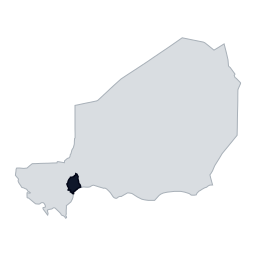 location of Dogondoutchi, Dosso, Niger
{"feature_id": "23599985B71800364259973", "entity_name": "Dogondoutchi", "entity_type": "district", "adm_level": 2, "iso_a3": "NER", "parent_name": "Niger", "parent_adm1": "Dosso", "projection": "orthographic", "projection_center": [4.132, 13.975], "detail": "fine", "context": "in_parent", "style": "filled", "palette": "ink", "viewbox_px": 256, "rotation_deg": 0, "n_neighbors": 0, "source": "geoboundaries", "source_scale": "gbopen_adm2", "svg_char_len": 3623}
<svg xmlns="http://www.w3.org/2000/svg" viewBox="0 0 256 256"><path d="M212.6,185.0L209.9,185.1L208.5,185.7L206.6,187.2L204.5,187.9L202.0,189.3L200.4,190.4L198.9,191.2L196.9,193.3L196.2,194.9L194.1,195.2L191.2,195.1L189.3,193.6L184.9,192.2L182.0,191.6L180.7,191.4L174.1,191.4L167.0,192.2L163.4,193.0L162.8,193.2L160.7,194.2L159.1,195.4L154.6,200.4L148.5,200.4L144.9,199.9L141.8,199.2L137.4,197.0L132.0,193.5L130.0,193.1L128.1,192.9L127.5,192.9L121.2,196.5L120.0,196.4L118.5,196.9L117.5,197.7L116.8,198.2L116.0,198.3L115.0,198.1L114.0,197.6L113.0,196.6L110.4,192.7L109.8,192.1L108.7,190.9L106.8,189.1L105.5,188.3L104.7,188.1L103.8,188.3L98.7,186.8L93.6,185.2L92.5,185.4L91.7,185.7L89.9,186.9L87.9,187.2L85.2,187.1L83.8,186.9L81.4,187.3L79.9,187.8L77.8,188.6L75.2,190.8L74.5,191.1L73.8,191.5L72.9,197.6L72.2,199.4L70.9,201.9L68.2,204.2L66.4,205.6L66.4,207.5L66.2,210.5L66.2,212.7L66.3,214.1L66.0,214.7L65.9,215.3L66.0,216.2L66.4,216.6L66.6,217.2L66.5,217.7L65.6,218.2L64.7,216.8L63.5,215.8L62.1,215.4L61.2,214.7L60.8,213.7L59.0,211.8L55.0,208.0L54.6,207.9L53.9,207.7L52.8,208.2L52.1,208.8L51.6,209.0L50.9,209.1L48.9,209.5L47.4,210.1L47.4,210.7L48.1,213.5L47.7,215.1L47.0,214.3L44.9,211.4L43.3,209.3L43.1,208.8L42.9,208.1L43.0,207.7L43.6,207.5L45.0,207.2L45.3,207.0L45.4,206.4L45.2,205.3L44.4,203.8L43.6,202.9L43.1,202.7L42.3,202.6L41.4,202.7L39.7,203.9L38.9,204.1L37.2,204.0L35.6,203.8L34.7,203.1L31.8,200.7L28.7,198.1L27.4,197.8L27.1,197.5L27.0,195.6L27.0,193.2L27.2,192.6L28.5,193.0L29.9,193.2L30.4,192.8L29.3,191.9L27.7,191.1L27.1,189.8L26.6,189.3L25.9,188.9L25.1,188.6L24.3,188.2L23.7,187.9L22.8,187.7L21.8,187.4L20.5,185.3L19.1,183.3L18.3,181.7L18.1,180.7L18.5,179.1L18.1,178.5L16.6,176.8L15.4,175.3L15.7,172.9L16.0,170.9L16.0,169.7L16.3,169.0L16.4,168.2L17.3,168.0L19.4,168.0L23.6,168.4L26.9,168.1L27.1,168.0L29.5,165.9L32.2,163.7L36.1,163.6L40.3,163.4L43.7,163.3L48.6,163.2L52.5,163.0L57.0,162.9L57.2,161.9L57.5,161.6L57.9,161.6L61.3,162.2L64.4,162.7L64.6,160.8L67.4,158.4L69.0,157.9L69.4,157.5L69.9,156.7L70.2,155.4L70.3,154.5L70.9,153.8L71.3,152.4L71.9,150.0L73.4,147.5L74.3,144.1L74.4,140.9L74.6,138.4L75.1,137.9L75.1,133.4L75.0,129.0L75.0,125.2L75.0,120.6L75.0,116.5L75.0,112.0L75.0,108.0L75.0,105.4L78.1,104.8L81.3,104.1L86.0,103.1L91.1,102.1L96.7,100.9L98.0,100.2L102.1,96.4L104.0,94.6L107.7,91.2L110.5,88.5L114.2,85.1L118.0,81.7L121.0,79.0L125.8,75.8L133.0,71.1L140.2,66.4L147.3,61.7L154.3,56.9L161.4,52.1L168.4,47.4L175.3,42.6L182.2,37.8L189.5,39.3L196.4,40.7L203.4,42.1L205.0,42.9L208.9,46.0L213.8,50.0L214.0,50.1L218.5,47.4L224.1,43.9L226.3,52.5L228.0,59.9L228.4,64.7L228.5,65.9L229.1,66.7L230.2,67.5L235.0,74.1L234.2,75.4L235.0,77.5L236.2,78.3L240.1,82.3L240.6,83.0L240.5,83.7L238.3,88.7L237.9,89.9L237.8,96.0L237.8,100.4L237.7,106.4L237.5,113.6L237.4,119.7L237.3,127.7L237.1,135.3L233.6,139.6L227.3,147.3L222.2,153.5L219.7,157.7L214.7,165.7L212.5,170.9L210.8,173.7L209.9,174.8L210.8,178.5L212.6,185.0Z" fill="#d9dde1" stroke="#a8b0b8" stroke-width="1"/><path d="M70.3,190.9L70.5,191.0L70.5,192.0L71.6,192.1L72.1,192.4L71.9,192.8L72.7,193.6L73.2,193.7L73.6,193.6L73.6,191.5L73.7,191.3L74.7,191.2L76.7,189.3L77.0,189.3L77.2,189.0L78.5,187.8L79.1,187.6L80.6,187.1L80.6,186.5L80.5,185.9L80.0,184.9L80.0,184.6L79.0,183.6L78.6,182.4L78.6,181.8L78.2,179.8L77.9,179.3L77.9,177.5L78.1,176.7L76.9,174.2L75.8,173.7L75.7,175.2L74.4,175.6L74.3,176.5L72.8,177.0L72.1,177.1L71.5,177.3L70.6,177.3L70.6,177.5L69.7,178.5L68.9,179.6L68.3,180.8L68.0,181.8L68.0,182.5L67.6,183.2L66.9,184.0L67.5,185.7L67.9,186.8L68.6,187.4L68.6,189.6L67.6,190.1L70.5,190.1L70.3,190.9Z" fill="#0f172a" stroke="#020617" stroke-width="1.5"/></svg>